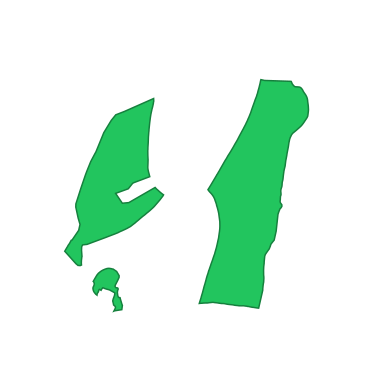 outline of Wald Rabi', Al Bayda', Yemen, rotated 22°
{"feature_id": "15242507B62394973607201", "entity_name": "Wald Rabi'", "entity_type": "district", "adm_level": 2, "iso_a3": "YEM", "parent_name": "Yemen", "parent_adm1": "Al Bayda'", "projection": "equal_earth", "projection_center": [44.921, 14.611], "detail": "fine", "context": "isolated", "style": "filled", "palette": "green", "viewbox_px": 384, "rotation_deg": 22, "n_neighbors": 0, "source": "geoboundaries", "source_scale": "gbopen_adm2", "svg_char_len": 6027}
<svg xmlns="http://www.w3.org/2000/svg" viewBox="0 0 384 384"><g transform="rotate(22 192 192)"><path d="M240.5,292.6L241.8,291.9L242.7,291.5L244.4,290.6L246.2,289.8L247.9,289.1L249.6,288.1L250.6,287.6L252.4,286.6L253.3,286.3L254.3,286.1L256.0,285.6L257.0,285.3L258.0,285.1L260.9,284.4L262.8,283.7L263.7,283.4L265.9,283.0L267.0,282.8L269.2,282.2L271.2,281.6L272.3,281.3L274.1,281.0L277.2,280.1L278.1,279.9L281.0,278.8L281.8,278.4L282.7,278.1L284.4,277.7L285.3,277.4L286.3,277.3L287.2,277.0L289.0,276.7L291.1,276.3L292.0,276.0L295.5,275.2L297.3,274.7L294.4,256.6L293.8,255.0L292.9,251.9L292.5,250.3L292.2,248.7L291.6,247.0L291.0,245.2L290.3,243.6L289.5,242.1L287.7,237.8L286.5,234.4L286.0,232.6L285.6,231.1L285.1,229.8L284.4,227.4L283.5,224.3L283.4,222.6L283.7,220.9L284.5,217.4L284.9,216.0L284.9,214.3L284.9,212.7L284.7,211.1L285.2,209.1L286.2,205.8L284.7,196.8L280.1,180.6L279.9,177.9L279.9,174.7L280.5,173.2L280.7,171.6L280.1,170.2L279.0,169.5L278.0,168.9L277.1,167.6L276.8,166.2L276.2,164.5L275.7,163.0L275.6,161.3L274.9,159.7L274.2,158.4L273.6,156.8L273.4,155.1L273.3,153.4L272.9,151.8L272.4,150.4L272.0,149.0L271.8,147.4L271.5,145.9L271.0,144.2L270.6,142.8L270.2,141.3L269.8,139.7L269.4,138.2L269.1,136.5L268.6,133.0L268.1,131.2L267.2,127.8L266.9,126.2L266.2,122.7L265.7,120.7L265.0,117.1L264.7,115.6L264.3,113.6L263.4,110.0L263.1,108.2L262.8,106.6L262.7,104.8L262.8,103.2L262.9,101.5L263.4,99.8L264.1,98.5L265.5,95.9L266.9,93.1L267.7,91.5L268.4,90.0L269.0,88.3L269.4,86.8L269.8,85.1L270.1,83.5L270.5,81.7L270.8,80.0L270.9,78.4L270.5,76.7L269.6,73.4L269.1,71.9L268.4,70.4L267.7,68.9L267.0,67.6L265.5,65.0L264.8,63.6L263.9,62.2L263.0,61.1L261.9,60.1L260.8,59.2L259.7,58.5L258.6,57.8L257.5,57.0L256.3,55.9L255.2,55.2L254.0,54.6L252.7,54.4L251.4,54.7L250.2,55.1L249.1,55.5L247.8,55.8L246.4,55.3L245.3,54.7L244.2,54.0L243.3,53.0L242.5,52.3L242.4,52.3L217.5,61.4L213.8,62.0L213.9,63.1L214.4,65.7L214.6,67.1L215.0,69.8L215.4,73.6L215.6,74.9L215.8,76.4L215.8,77.6L216.0,79.0L216.0,80.1L216.0,82.5L216.2,86.2L216.3,89.1L216.5,93.6L216.7,96.4L216.7,99.3L216.7,101.6L216.6,103.1L216.6,104.3L216.6,105.5L216.5,106.7L216.4,107.8L216.4,108.9L216.0,112.8L215.9,114.1L215.7,115.7L215.0,121.9L214.9,123.0L214.5,127.2L214.3,128.6L213.9,131.1L213.4,135.2L212.6,140.3L212.4,141.5L211.9,144.1L211.7,145.2L211.4,147.8L210.9,150.4L210.5,153.4L209.8,158.5L209.6,159.9L209.4,161.8L209.0,164.1L208.9,165.4L208.6,166.5L208.5,167.6L206.7,179.4L206.6,179.9L206.3,181.8L206.1,182.8L205.9,183.8L206.5,184.3L208.3,185.3L209.2,185.7L211.1,186.6L211.9,187.1L212.7,187.6L214.2,188.7L215.6,190.0L217.0,191.7L217.8,192.5L218.6,193.5L219.3,194.3L219.7,195.0L220.4,195.9L221.0,196.6L222.0,197.9L223.4,199.8L224.9,202.0L225.9,203.8L228.9,209.1L230.6,213.1L231.0,214.2L231.4,215.3L232.1,217.7L232.4,218.8L232.7,220.1L233.0,221.3L233.3,222.5L233.6,223.6L233.9,224.9L234.3,227.5L234.9,230.9L235.5,234.8L235.6,235.9L236.0,239.7L236.2,241.1L236.2,242.4L236.4,246.0L236.5,247.2L236.6,249.8L236.6,250.9L236.8,253.8L236.9,256.1L237.0,257.3L237.0,259.0L237.3,261.4L237.4,263.8L237.7,266.8L237.9,268.0L238.4,272.4L238.5,273.6L238.6,274.9L238.9,277.1L239.5,281.8L239.6,283.0L239.7,284.2L239.8,285.3L240.0,286.5L240.1,287.8L240.3,290.4L240.4,291.6L240.5,292.6ZM121.4,119.7L99.1,142.7L92.4,149.0L90.3,155.9L88.0,170.0L87.9,190.3L87.8,192.0L87.7,192.1L86.7,201.7L86.7,212.3L86.8,216.1L87.6,230.5L88.8,246.5L89.9,249.5L96.2,258.8L100.3,264.0L101.3,270.0L98.8,281.5L98.2,281.9L98.0,282.7L97.8,284.9L97.6,286.0L97.4,287.0L97.2,287.6L97.1,288.4L97.0,289.5L96.8,290.5L96.2,294.6L111.3,302.0L113.9,302.8L114.5,302.5L115.8,302.2L116.9,301.1L116.6,300.5L116.0,299.3L115.1,296.8L114.5,294.6L114.2,293.5L114.2,293.1L111.4,287.4L110.2,284.0L110.4,282.0L114.3,279.9L128.0,267.4L136.7,259.3L137.6,258.4L138.3,257.8L138.9,257.1L140.3,255.5L142.0,253.8L142.8,252.9L143.6,252.1L144.5,251.1L145.4,250.1L146.2,249.1L146.9,248.2L147.6,247.4L148.2,246.5L148.7,245.6L149.9,243.5L150.5,242.6L151.6,240.4L152.8,238.2L153.8,236.2L155.5,233.0L156.1,232.0L156.7,231.0L158.2,228.1L158.8,227.1L159.9,225.0L161.5,221.7L162.0,220.6L162.5,219.4L162.9,218.2L163.3,217.0L164.1,214.7L164.8,212.6L165.2,211.4L165.5,210.3L165.8,209.2L166.5,206.7L166.7,205.3L164.7,204.8L162.2,204.0L160.3,203.3L159.2,202.9L158.2,202.6L156.1,201.6L137.4,225.5L131.6,228.5L121.7,221.9L131.7,212.9L133.7,206.2L134.5,205.2L147.1,193.6L145.9,192.0L145.2,191.0L144.4,190.0L143.1,188.1L142.5,187.1L142.0,186.2L141.6,185.2L140.5,182.1L139.2,178.6L138.3,176.7L137.3,174.5L135.5,170.2L135.2,169.2L134.4,167.1L132.9,162.6L130.9,157.1L130.6,156.1L129.5,152.7L129.2,151.5L128.8,150.4L126.8,143.5L125.6,138.9L125.0,136.4L124.7,135.0L124.5,133.9L124.3,132.7L124.1,131.5L123.9,130.4L123.6,127.9L123.4,126.7L123.0,124.4L122.7,123.3L122.5,122.1L122.0,121.0L121.4,119.7ZM171.0,327.4L169.9,323.1L169.3,322.6L165.4,317.7L165.1,317.1L164.6,316.9L163.9,317.2L163.2,317.1L162.8,316.8L162.4,316.3L162.0,315.9L161.6,315.2L161.1,314.2L160.7,313.9L160.0,311.5L159.9,309.6L159.2,308.9L158.3,308.9L157.8,309.2L157.2,309.2L156.2,308.6L155.8,307.9L155.8,306.6L156.2,302.3L156.4,298.6L155.8,296.9L151.9,293.9L147.7,293.0L146.5,293.3L145.9,293.3L145.0,293.5L144.2,293.7L143.3,294.0L142.5,294.4L141.7,294.9L141.0,295.5L140.3,296.1L138.8,297.6L138.2,298.3L136.9,300.1L136.3,301.3L135.7,302.3L135.0,304.5L134.8,305.7L134.4,308.3L133.9,311.9L134.3,312.0L135.0,312.6L135.6,313.4L136.0,314.5L136.1,315.7L136.0,316.9L136.1,318.1L136.6,319.1L137.2,320.0L137.9,320.8L138.6,321.4L139.4,321.9L141.0,322.8L142.5,323.2L142.4,322.9L142.3,322.3L142.3,322.0L142.3,321.7L142.3,320.9L142.4,319.9L142.6,319.8L142.6,319.6L142.5,318.8L142.5,318.7L142.4,318.1L142.4,317.7L142.5,317.3L142.6,317.0L143.3,317.0L144.5,317.2L144.6,316.1L145.0,314.7L145.1,314.3L145.2,314.2L145.6,314.1L147.0,314.2L148.7,314.1L151.9,313.7L152.4,313.7L158.0,314.4L158.3,314.5L158.7,316.1L158.9,317.2L159.0,320.6L159.3,322.7L161.0,325.1L161.6,326.1L163.5,326.8L164.1,327.2L164.4,328.4L164.4,328.9L164.2,331.7L164.7,331.2L167.8,329.3L171.0,327.4Z" fill="#22c55e" stroke="#15803d" stroke-width="1.5"/></g></svg>